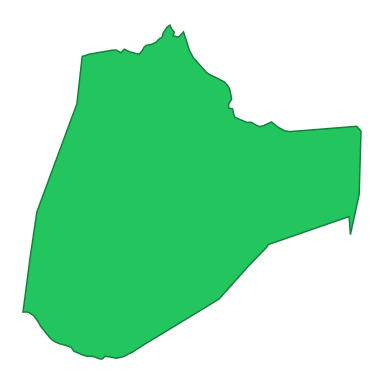 Cuité, Paraíba, Brazil
{"feature_id": "56859067B4229147506031", "entity_name": "Cuité", "entity_type": "district", "adm_level": 2, "iso_a3": "BRA", "parent_name": "Brazil", "parent_adm1": "Paraíba", "projection": "equal_earth", "projection_center": [-36.09, -6.543], "detail": "fine", "context": "isolated", "style": "filled", "palette": "green", "viewbox_px": 384, "rotation_deg": 0, "n_neighbors": 0, "source": "geoboundaries", "source_scale": "gbopen_adm2", "svg_char_len": 1244}
<svg xmlns="http://www.w3.org/2000/svg" viewBox="0 0 384 384"><path d="M82.2,56.3L76.9,103.8L36.9,211.8L30.2,256.9L23.0,312.1L27.6,312.0L30.5,313.5L33.7,315.7L35.7,318.4L38.0,321.5L40.8,326.6L43.2,329.5L45.9,332.9L50.3,338.2L52.8,340.3L55.4,342.0L59.4,343.7L64.1,344.9L68.0,346.2L71.1,347.3L74.0,351.3L77.2,352.6L81.8,354.6L87.1,356.4L90.4,356.1L94.8,357.0L99.7,358.9L102.4,358.9L105.0,356.3L109.4,356.9L113.3,357.7L116.6,358.2L121.2,357.2L124.8,356.1L128.7,353.8L132.6,352.1L135.1,350.3L139.5,347.7L143.9,344.7L199.5,311.0L219.2,298.9L247.0,267.7L266.1,247.8L268.4,244.5L349.1,216.5L350.4,234.6L355.1,213.3L359.2,194.3L361.0,131.2L356.7,126.3L289.8,131.6L284.6,130.8L277.7,127.0L271.5,121.9L263.5,125.7L259.8,126.6L256.9,125.5L251.1,122.2L246.8,122.4L239.7,119.4L234.8,117.2L233.6,114.0L232.6,108.9L228.7,108.0L228.7,103.8L231.7,99.2L229.7,89.2L227.6,85.5L224.4,81.9L209.6,74.5L206.5,72.5L193.4,57.8L189.5,50.6L186.3,40.6L183.5,31.9L178.6,37.2L173.1,35.9L174.3,32.1L171.4,28.6L170.0,25.1L167.0,27.2L163.3,32.6L162.1,37.1L159.0,39.1L156.1,42.2L151.2,44.5L146.2,45.3L143.9,47.5L142.4,50.4L139.1,54.3L129.3,51.7L124.3,49.2L120.9,52.7L116.2,50.0L111.5,50.3L88.5,54.3L85.0,55.7L82.2,56.3Z" fill="#22c55e" stroke="#15803d" stroke-width="1.5"/></svg>